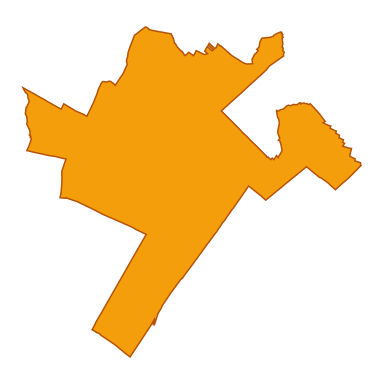 outline of Nopaltepec, México, Mexico
{"feature_id": "50627088B29090320991668", "entity_name": "Nopaltepec", "entity_type": "district", "adm_level": 2, "iso_a3": "MEX", "parent_name": "Mexico", "parent_adm1": "México", "projection": "orthographic", "projection_center": [-98.709, 19.801], "detail": "fine", "context": "isolated", "style": "filled", "palette": "amber", "viewbox_px": 384, "rotation_deg": 0, "n_neighbors": 0, "source": "geoboundaries", "source_scale": "gbopen_adm2", "svg_char_len": 5819}
<svg xmlns="http://www.w3.org/2000/svg" viewBox="0 0 384 384"><path d="M311.7,105.2L310.2,103.7L309.3,104.6L308.9,104.5L308.3,104.3L307.7,104.1L306.9,103.6L306.3,103.7L305.8,103.6L305.1,103.5L304.6,103.2L303.5,103.2L302.6,103.1L301.9,103.2L301.6,103.6L301.1,104.0L300.8,104.0L300.6,103.7L300.5,103.4L300.4,103.0L300.1,102.8L299.6,102.8L298.9,103.3L298.5,103.5L298.1,104.0L297.6,104.3L297.1,104.5L296.4,104.7L295.7,104.7L294.9,104.6L294.2,104.5L293.5,104.5L292.9,104.6L291.9,105.2L291.1,105.5L290.4,105.6L289.5,105.5L288.8,105.3L288.4,105.2L287.6,105.5L287.2,105.8L286.6,106.2L286.1,106.4L285.1,107.4L284.3,108.2L283.9,108.6L283.2,109.1L281.7,109.4L280.8,109.6L280.2,109.8L279.6,110.2L279.2,110.6L278.9,110.9L278.3,111.0L277.8,111.0L277.2,110.4L276.6,110.4L276.6,111.3L277.0,114.0L277.6,117.3L278.7,119.5L279.2,121.7L279.2,123.6L279.1,124.8L278.5,127.0L278.3,128.6L277.8,131.0L277.8,132.6L278.3,134.6L279.6,138.0L279.8,138.2L279.8,138.4L278.4,140.3L279.8,140.8L280.7,143.5L281.7,148.1L282.1,150.5L280.8,153.0L278.4,157.0L278.3,157.5L276.5,155.5L274.0,159.6L272.2,158.1L270.8,159.6L268.0,157.1L267.9,156.9L267.3,157.3L266.4,156.8L266.3,155.8L265.4,155.1L256.6,146.2L250.3,140.1L247.0,136.6L242.5,132.5L240.3,130.0L238.6,128.2L236.9,126.5L235.2,124.8L233.5,123.1L221.5,111.1L222.0,110.3L229.9,103.1L240.7,93.5L244.9,89.6L247.7,86.9L253.5,81.6L255.0,80.3L259.5,76.2L259.9,75.9L266.6,69.6L267.9,67.8L269.1,66.3L270.2,65.4L270.8,65.0L280.5,58.2L283.7,56.0L283.5,55.4L283.4,54.5L284.2,52.1L282.8,50.9L283.1,47.9L282.4,47.5L282.1,47.4L282.3,46.5L282.6,44.8L282.9,43.5L282.7,42.4L282.4,41.0L282.1,38.1L283.2,37.3L282.4,36.4L282.2,36.0L282.0,35.6L282.8,34.9L282.3,34.0L281.7,32.5L281.0,32.8L280.8,32.0L279.6,32.4L276.9,33.5L274.7,34.8L273.9,35.2L273.2,36.2L270.4,37.3L262.0,38.1L261.8,38.3L260.2,41.3L259.7,43.0L259.4,45.2L258.9,47.1L258.9,47.4L256.7,49.4L258.1,50.3L257.3,51.8L256.5,52.7L255.0,54.0L254.2,54.9L253.4,56.8L252.1,59.1L252.1,60.8L252.6,63.6L251.1,63.9L249.9,63.9L246.6,64.0L245.5,63.7L243.7,62.9L242.0,62.1L238.6,59.8L233.8,56.9L231.3,55.2L228.7,52.8L226.4,50.9L225.1,49.6L220.8,45.9L220.3,46.1L217.9,43.8L216.0,47.7L214.8,48.5L209.2,43.3L208.2,45.0L213.5,49.8L212.0,50.8L211.9,50.8L207.3,46.5L204.9,50.6L204.8,51.1L207.5,53.6L205.2,54.3L203.8,54.4L196.3,50.6L193.6,55.7L188.7,52.3L186.9,54.1L185.6,55.2L185.0,55.6L184.0,54.4L183.3,53.1L181.9,51.3L181.6,51.5L179.6,49.4L177.1,46.9L175.6,43.9L174.6,43.2L173.4,38.6L171.2,33.8L171.0,33.7L170.7,33.9L168.2,33.3L153.1,30.6L150.9,30.0L149.1,29.6L148.6,28.6L146.9,27.5L145.3,27.0L134.5,35.3L131.5,43.0L129.0,49.7L128.3,52.0L128.0,53.4L127.6,56.7L126.6,59.7L126.6,60.3L126.5,62.0L126.8,62.6L127.3,64.3L125.2,68.9L124.5,70.6L122.7,74.3L121.5,75.9L115.1,85.5L114.4,84.4L113.8,83.8L112.7,82.9L110.8,81.5L109.9,81.2L108.1,81.5L105.9,82.1L104.6,81.7L102.9,81.5L102.2,81.9L101.0,83.7L100.0,86.1L98.6,88.5L97.8,91.1L96.9,94.0L94.5,100.1L93.1,103.4L92.1,105.5L91.3,107.2L86.9,116.3L82.4,113.8L75.9,111.1L63.8,103.8L61.2,109.2L58.0,107.4L52.0,104.1L48.7,102.2L46.8,101.1L45.0,99.9L39.9,97.2L33.9,93.7L31.8,92.6L29.8,91.4L29.3,91.2L27.2,90.1L23.0,87.7L23.3,88.4L23.6,88.7L23.7,89.6L24.6,90.6L25.4,92.5L26.6,93.3L27.6,94.6L27.9,96.6L28.0,98.1L29.1,100.2L29.0,102.2L27.6,104.9L27.1,106.4L26.5,107.7L26.2,107.5L26.0,108.9L25.3,113.7L26.5,116.2L26.6,116.4L27.3,121.5L26.7,123.9L26.8,124.2L28.2,127.1L29.9,130.9L30.0,133.4L30.2,134.5L29.4,135.0L30.8,136.3L30.1,137.1L31.4,139.1L30.7,140.9L30.0,143.0L29.2,145.2L28.9,146.2L26.9,150.6L27.7,150.8L29.2,151.0L30.5,151.5L31.4,151.7L49.7,155.7L54.6,156.3L59.8,157.6L62.1,158.2L66.0,159.0L65.3,160.9L61.9,171.0L61.8,174.7L62.0,177.6L61.9,179.9L61.9,180.1L61.9,180.6L61.8,183.6L61.2,191.5L60.8,193.9L60.0,197.7L65.7,198.3L66.1,197.8L66.4,198.0L76.9,201.5L91.3,208.4L103.4,214.6L127.5,225.1L133.7,228.0L134.8,228.9L146.2,234.4L135.7,252.7L132.6,258.1L129.9,262.9L111.5,295.1L109.6,298.4L102.8,310.4L96.0,322.0L95.5,323.2L95.1,324.2L92.1,329.8L95.7,331.6L95.7,331.9L96.9,332.7L98.1,333.0L99.0,333.4L100.0,334.3L100.8,335.2L114.0,344.1L116.3,345.7L118.5,347.6L119.5,348.6L121.7,350.3L123.5,351.8L126.5,354.3L127.5,355.0L130.1,357.0L130.5,356.3L151.6,324.3L152.1,323.2L154.5,319.1L154.7,320.5L153.3,324.5L154.4,324.8L158.0,313.5L161.4,307.8L162.0,306.0L164.6,302.2L169.9,294.3L170.0,294.1L180.6,279.6L182.0,278.5L182.2,278.3L182.3,278.4L185.2,274.2L186.0,273.2L186.6,272.4L187.7,270.9L190.5,267.2L191.0,266.5L193.1,263.7L193.9,262.6L194.9,261.2L195.8,259.9L197.7,257.5L198.2,256.6L199.4,255.0L200.8,253.2L202.3,251.0L203.2,249.8L204.0,248.7L205.5,246.6L207.3,244.1L208.8,242.3L209.8,240.8L211.0,239.2L212.7,236.9L215.0,233.8L215.5,233.1L216.4,232.1L217.6,230.3L218.5,228.8L219.3,227.7L219.8,227.0L221.2,225.0L222.5,222.8L224.1,221.0L225.8,218.8L226.8,217.1L228.0,215.4L229.6,213.3L230.7,211.6L231.6,210.2L233.0,208.5L234.2,206.8L236.8,203.1L242.2,195.4L243.2,193.9L245.9,190.1L247.3,187.9L248.6,186.0L261.7,196.4L263.0,197.8L265.7,200.1L266.1,199.9L267.8,198.4L272.0,195.1L272.6,194.5L280.8,187.8L281.1,187.6L284.2,184.9L288.2,181.7L292.3,178.3L294.3,176.7L296.0,175.3L298.2,173.5L300.8,171.4L306.2,167.0L306.4,166.7L310.7,170.2L319.5,177.4L320.9,177.9L322.9,179.3L324.6,180.4L326.9,182.1L328.4,183.2L330.5,185.4L333.2,187.7L335.4,189.7L340.7,184.8L347.5,179.1L352.4,174.3L358.6,167.9L361.0,165.5L360.6,165.2L360.6,162.7L355.4,161.0L354.7,161.0L355.1,158.8L349.9,156.4L349.7,156.0L351.5,148.5L348.9,148.2L347.8,147.9L347.1,147.5L344.8,146.9L342.7,146.3L344.6,143.3L342.6,142.2L343.5,139.9L339.3,137.9L339.0,137.8L339.5,135.3L337.7,134.3L335.7,133.4L335.6,133.2L336.4,131.2L332.4,129.3L330.1,128.3L330.8,126.0L328.9,125.5L325.6,124.1L323.1,122.8L325.2,121.4L323.7,119.4L322.2,117.6L320.8,115.5L319.8,114.2L318.1,112.2L315.8,109.7L314.8,108.8L314.5,108.1L313.8,107.6L312.7,106.5L311.7,105.2Z" fill="#f59e0b" stroke="#b45309" stroke-width="1.5"/></svg>